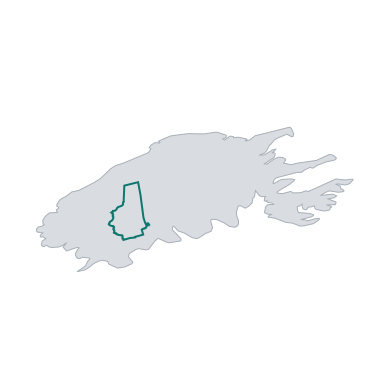 Skútustaðahreppur, Norðurland eystra, Iceland shown in context, rotated 168°
{"feature_id": "244011B58365339597746", "entity_name": "Skútustaðahreppur", "entity_type": "district", "adm_level": 2, "iso_a3": "ISL", "parent_name": "Iceland", "parent_adm1": "Norðurland eystra", "projection": "natural_earth1", "projection_center": [-16.6, 65.112], "detail": "fine", "context": "in_parent", "style": "outline", "palette": "teal", "viewbox_px": 384, "rotation_deg": 168, "n_neighbors": 0, "source": "geoboundaries", "source_scale": "gbopen_adm2", "svg_char_len": 7067}
<svg xmlns="http://www.w3.org/2000/svg" viewBox="0 0 384 384"><g transform="rotate(168 192 192)"><path d="M293.5,143.8L296.8,143.9L302.3,142.7L310.1,138.9L313.4,138.0L321.0,138.0L311.8,141.7L308.5,145.7L305.9,147.7L306.0,148.6L312.5,151.0L315.6,150.2L317.0,150.5L318.2,151.7L319.1,153.9L318.5,156.3L316.7,158.7L314.2,160.7L314.5,161.3L316.6,161.6L327.3,160.4L328.5,163.4L329.5,164.3L329.2,165.3L325.0,168.5L330.0,166.5L333.9,165.9L340.7,166.9L343.5,168.1L345.2,170.1L348.5,169.4L350.1,170.6L350.2,171.8L348.7,175.1L344.7,176.8L347.2,179.2L349.2,179.3L349.6,179.8L349.4,181.3L346.3,183.0L351.5,184.9L352.1,185.6L351.9,187.7L351.0,188.9L349.5,189.7L345.8,189.8L343.5,190.6L344.3,191.9L343.7,195.5L340.8,198.5L338.1,200.1L335.4,201.2L328.0,200.0L328.4,202.6L325.7,204.2L326.2,205.5L327.2,206.2L326.7,207.9L323.4,211.4L321.0,212.6L316.3,213.9L309.4,217.1L302.5,217.1L285.4,221.7L278.7,224.2L266.6,231.7L261.5,233.6L252.8,234.6L226.5,239.5L223.5,242.4L223.4,243.1L224.6,244.2L222.6,246.3L218.6,247.8L216.7,247.8L213.5,246.5L213.0,247.1L214.3,248.7L201.4,251.3L183.7,249.9L168.0,246.3L155.5,245.5L146.8,240.5L146.6,239.7L147.6,238.1L150.8,237.5L149.3,235.9L143.9,238.6L142.2,238.5L139.9,237.5L139.9,236.4L135.5,236.0L127.9,232.8L127.3,232.0L129.2,231.0L128.9,230.8L124.7,230.9L118.6,233.9L82.8,235.1L81.6,233.5L80.4,227.7L81.7,225.3L83.2,225.5L87.2,228.8L96.9,227.0L100.8,225.7L104.5,222.6L106.6,221.6L109.7,217.6L112.7,215.1L118.8,214.0L113.4,213.2L104.3,216.5L101.2,216.5L102.7,215.0L105.8,213.5L103.7,213.4L102.9,212.7L102.9,211.2L104.5,208.8L115.3,204.5L112.8,203.7L105.4,207.0L100.0,208.1L95.6,206.6L93.6,204.6L93.8,203.7L96.4,201.2L96.1,200.7L94.3,200.4L89.7,198.1L82.2,198.3L63.8,197.0L49.7,200.2L46.4,198.7L43.8,195.5L44.4,194.2L46.9,193.5L53.7,193.6L63.8,192.1L68.5,190.2L70.2,190.7L71.0,191.6L77.2,190.2L80.6,188.5L86.1,189.3L107.0,188.4L109.7,186.3L110.9,183.7L110.4,183.2L102.7,185.5L101.0,185.5L92.2,184.2L89.0,182.8L90.1,181.7L94.9,179.2L107.0,175.1L108.7,174.3L108.9,173.3L104.2,171.6L95.2,172.0L93.0,170.0L85.6,168.7L80.6,169.5L78.1,168.3L48.5,174.8L39.2,171.8L32.4,171.3L31.9,170.4L36.0,167.5L38.7,167.0L41.4,167.2L46.5,169.2L50.0,169.9L45.7,166.9L45.6,164.1L44.2,163.4L43.0,161.5L43.6,160.9L48.9,161.3L57.3,164.5L61.6,163.9L67.1,161.9L54.9,160.7L51.3,158.1L54.0,156.8L60.3,156.9L53.5,152.5L53.2,151.8L54.5,149.8L63.2,151.5L58.7,148.9L58.6,148.3L60.0,147.8L60.7,146.2L63.0,145.6L67.4,146.1L74.2,149.2L75.1,150.0L75.3,153.1L78.0,152.6L81.2,153.0L84.0,150.9L85.8,151.4L87.2,153.3L86.9,157.4L88.8,156.0L92.0,155.9L92.7,152.5L92.2,149.8L81.8,146.7L77.7,144.4L78.2,143.6L80.3,142.9L91.3,142.4L86.7,141.1L85.5,139.7L77.2,140.2L73.0,139.7L73.0,139.0L74.7,137.9L79.8,135.8L89.4,135.6L93.3,136.2L100.5,140.8L106.4,142.7L116.1,149.0L122.4,151.4L122.7,152.1L121.6,152.8L119.1,153.6L122.9,154.7L125.1,156.4L125.3,157.1L123.0,162.2L120.6,163.8L114.7,162.9L116.0,164.5L120.2,166.2L121.1,167.2L120.5,168.1L122.5,167.8L123.1,168.4L122.1,171.3L121.0,172.3L124.5,172.9L126.9,174.3L129.6,180.2L131.4,175.7L132.2,174.0L133.7,173.4L135.5,168.8L139.6,166.2L143.3,165.1L147.0,168.3L149.8,168.6L152.8,163.0L153.2,158.9L152.5,154.4L153.1,151.2L155.0,149.2L157.5,148.6L162.7,150.6L167.0,155.1L173.6,159.9L178.2,161.2L179.0,161.0L179.8,159.4L179.3,153.0L181.5,149.6L187.0,148.7L195.3,145.6L197.2,145.5L201.3,147.3L208.5,153.8L213.7,156.8L216.4,161.6L217.6,162.5L218.7,161.0L218.9,158.8L212.7,148.9L212.6,147.6L213.2,146.5L224.6,147.0L227.1,148.1L234.9,153.8L238.8,151.5L246.6,144.8L249.2,145.0L255.8,147.7L258.4,147.5L266.0,145.0L267.7,141.9L264.4,135.6L265.8,134.3L272.9,132.7L280.6,133.0L288.5,138.9L288.8,141.6L293.5,143.8Z" fill="#d9dde1" stroke="#a8b0b8" stroke-width="1"/><path d="M257.0,159.4L257.0,160.0L251.9,160.2L251.0,160.3L249.3,160.4L248.6,160.5L249.0,165.6L248.4,165.7L248.4,165.8L248.2,166.0L247.5,166.2L246.8,166.2L246.6,166.1L246.1,166.1L246.1,166.3L246.0,166.5L244.4,166.6L244.2,166.7L244.0,167.3L243.4,167.9L243.4,168.0L243.5,168.0L243.8,168.2L243.8,168.3L243.0,168.9L242.8,168.9L242.2,169.1L242.0,168.9L241.9,168.9L241.9,168.7L241.7,168.7L241.4,168.6L241.2,168.5L241.1,168.8L240.9,168.9L241.0,169.2L240.9,169.2L241.2,169.8L241.2,170.0L241.4,170.2L241.6,170.6L243.9,170.4L244.1,171.3L244.3,171.9L244.8,177.0L244.5,180.8L243.5,193.7L243.0,199.8L242.7,212.8L256.9,212.3L258.8,204.7L260.8,197.2L260.7,197.1L260.6,196.9L260.7,196.7L260.8,196.6L261.0,196.4L261.3,196.2L261.5,196.2L261.7,195.9L261.8,195.8L261.8,195.5L261.9,195.2L262.0,195.0L262.1,194.7L262.0,194.4L262.1,194.2L262.4,193.9L262.5,193.7L263.0,193.4L263.4,193.3L263.8,193.1L264.2,193.1L264.4,193.0L264.8,193.0L265.2,192.9L265.5,192.8L265.9,192.8L266.5,192.7L266.9,192.7L267.3,192.7L267.7,192.6L267.8,192.5L267.8,192.4L268.2,192.2L268.3,192.0L268.6,191.9L268.8,191.7L269.0,191.4L269.3,191.1L269.5,190.9L269.6,190.6L269.8,190.5L270.1,190.2L270.4,190.1L270.8,189.9L271.1,189.9L271.8,189.8L272.3,189.8L272.9,189.7L273.0,189.8L273.3,189.9L273.4,189.7L273.5,189.5L273.7,189.4L273.8,189.3L274.0,189.2L274.2,188.9L274.3,188.8L274.3,188.7L274.6,188.8L274.6,188.7L274.4,188.6L274.6,188.4L274.7,188.2L274.8,188.2L274.7,188.1L274.4,188.1L274.2,188.1L273.9,187.9L273.8,187.6L273.9,187.4L274.0,187.2L274.2,186.9L274.3,186.7L274.4,186.4L274.4,186.0L274.4,185.9L274.4,185.7L274.3,185.3L274.2,185.3L274.3,185.1L274.3,184.9L274.5,184.8L274.6,184.7L274.6,184.4L274.4,184.2L274.2,184.0L274.1,183.9L274.1,183.7L274.3,183.5L274.3,183.4L274.4,183.2L274.4,182.9L274.5,182.7L274.8,182.3L274.8,182.2L275.0,182.1L275.2,181.9L275.3,181.7L275.5,181.5L275.7,181.1L275.8,181.0L275.9,180.9L276.1,180.9L276.3,180.8L276.4,180.7L276.5,180.7L277.0,180.6L277.3,180.4L277.5,180.2L277.8,180.1L278.0,180.0L278.6,179.9L278.8,179.7L279.0,179.4L279.0,179.1L279.2,178.9L279.2,178.7L279.3,178.4L279.6,178.3L279.9,178.2L280.0,178.1L280.0,177.9L280.1,177.7L279.7,177.3L279.6,177.2L279.6,176.9L279.5,176.7L278.9,176.3L278.7,176.1L278.1,175.7L277.2,175.4L276.5,175.2L276.3,175.2L276.2,175.1L276.1,174.8L276.1,174.7L275.9,174.5L275.8,174.4L275.7,174.3L275.6,174.2L275.6,173.9L275.5,173.7L275.6,173.4L275.8,173.3L276.0,173.3L276.2,173.2L276.1,172.9L276.2,172.7L276.2,172.4L276.3,172.3L276.5,172.2L276.7,171.9L276.5,171.7L276.4,171.7L276.4,171.3L276.3,171.2L276.2,171.2L276.1,170.8L276.0,170.7L276.1,170.4L276.1,170.2L276.0,169.9L276.1,169.7L276.3,169.4L276.6,169.1L276.8,168.8L276.8,168.7L276.9,168.4L276.8,168.2L276.6,168.1L275.9,167.8L275.5,167.7L275.2,167.6L274.8,167.4L274.7,167.3L274.7,167.2L274.8,167.0L274.9,166.8L274.9,166.7L274.5,166.6L274.4,166.6L274.4,166.4L274.3,166.2L273.9,166.1L273.6,166.0L273.3,165.7L273.2,165.5L273.1,165.4L272.5,165.2L271.2,164.7L270.9,164.6L270.6,164.5L270.5,164.4L270.4,164.4L269.8,164.3L269.7,164.3L269.6,164.2L269.4,164.1L269.3,163.9L269.2,163.9L269.2,163.6L269.1,163.0L269.1,162.9L269.1,162.7L269.3,162.5L269.4,162.4L269.4,162.2L269.5,162.1L269.6,161.9L269.7,161.5L269.7,161.3L269.7,161.1L269.7,160.9L269.4,160.8L269.1,160.6L268.9,160.5L268.8,160.4L269.0,160.2L269.0,159.9L268.9,159.8L268.9,159.7L269.0,159.5L269.0,159.4L262.1,159.9L258.9,159.5L257.0,159.4Z" fill="none" stroke="#0f766e" stroke-width="2"/></g></svg>